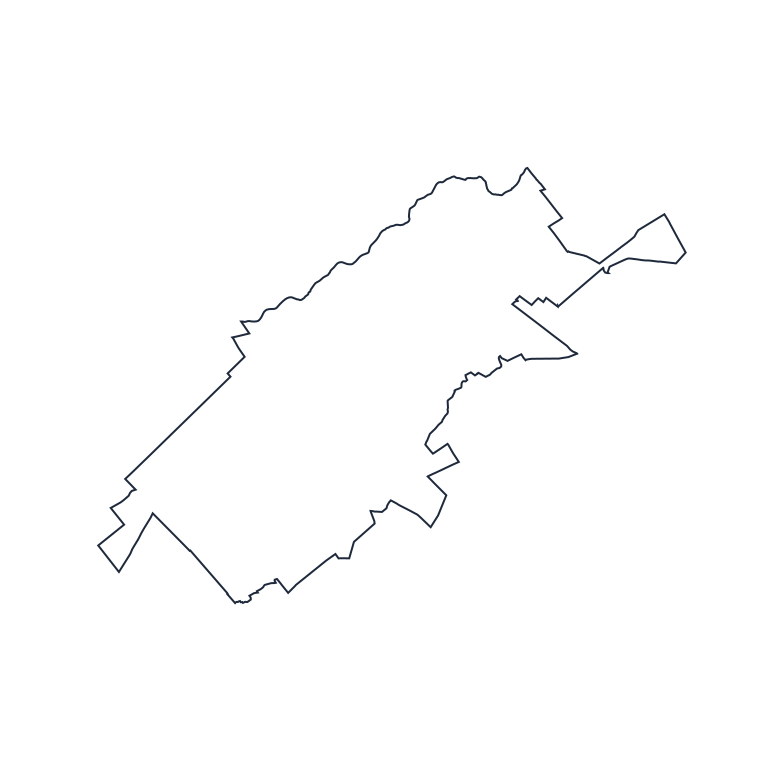 Villagrán, Guanajuato, Mexico (orthographic projection), rotated 140°
{"feature_id": "50627088B37943890522805", "entity_name": "Villagrán", "entity_type": "district", "adm_level": 2, "iso_a3": "MEX", "parent_name": "Mexico", "parent_adm1": "Guanajuato", "projection": "orthographic", "projection_center": [-101.009, 20.546], "detail": "fine", "context": "isolated", "style": "outline", "palette": "slate", "viewbox_px": 768, "rotation_deg": 140, "n_neighbors": 0, "source": "geoboundaries", "source_scale": "gbopen_adm2", "svg_char_len": 6142}
<svg xmlns="http://www.w3.org/2000/svg" viewBox="0 0 768 768"><g transform="rotate(140 384 384)"><path d="M638.2,312.0L637.5,312.0L636.6,311.6L636.1,310.9L635.0,310.8L633.8,310.3L634.0,308.9L632.8,308.1L632.9,307.7L632.8,307.0L630.4,306.4L628.8,304.8L625.1,304.5L624.6,304.5L623.4,306.1L623.2,308.3L617.9,307.3L614.8,305.4L614.8,305.6L614.5,307.0L610.4,306.1L607.3,306.0L605.3,306.7L604.4,306.7L598.7,304.1L597.7,303.4L596.0,302.0L594.7,301.3L594.3,303.6L593.5,304.3L591.3,303.4L591.4,297.2L591.5,295.6L591.7,285.6L581.6,286.5L580.8,286.7L541.7,285.9L530.5,285.0L530.9,279.6L529.1,278.3L522.7,272.8L508.5,282.4L480.9,283.1L479.5,285.3L476.2,294.8L475.9,295.4L474.5,294.0L473.1,292.2L472.0,291.3L467.8,287.3L462.0,287.2L459.7,288.8L456.2,290.1L454.6,290.3L453.6,290.5L451.0,284.0L450.8,283.1L450.2,281.3L445.8,270.9L442.5,262.7L442.3,261.8L441.8,258.4L440.3,244.3L428.1,248.2L427.3,248.4L407.8,258.7L408.9,271.3L409.4,277.4L409.5,279.1L410.0,285.1L409.9,285.1L404.0,283.6L402.4,283.1L382.3,277.8L376.8,276.2L375.6,286.3L374.9,290.4L374.6,291.8L373.9,295.6L373.8,297.3L383.6,298.3L390.1,299.0L391.3,299.2L391.4,303.0L391.3,311.0L388.3,312.7L387.7,312.7L380.9,316.3L373.4,316.8L368.4,317.7L363.9,317.8L362.3,318.8L357.5,320.3L354.4,320.6L352.8,321.7L351.7,323.6L350.3,324.6L346.2,330.1L345.3,330.4L340.0,330.2L334.6,332.7L334.5,333.4L333.8,333.6L332.5,333.4L329.9,332.4L327.8,331.8L327.4,331.7L327.0,331.8L326.6,332.0L326.1,332.5L324.9,333.8L324.5,334.3L323.7,334.8L322.6,335.2L322.0,335.3L321.5,335.1L321.0,334.8L320.1,333.8L319.7,333.5L317.7,333.6L317.7,334.2L316.5,337.4L315.9,338.4L310.0,337.1L308.8,332.1L305.3,331.7L305.4,332.0L304.5,331.9L301.5,324.1L297.2,323.1L296.6,323.0L295.3,323.3L294.2,323.4L287.5,323.2L286.7,322.8L285.5,322.2L285.1,322.0L283.8,322.0L283.0,322.1L282.6,322.4L281.9,323.2L281.3,325.0L281.1,326.0L280.1,328.8L279.4,330.1L278.7,330.7L277.9,330.8L277.1,330.8L277.2,328.1L274.5,322.3L268.0,320.7L259.7,318.5L260.3,314.6L260.3,311.2L259.5,311.2L258.8,310.9L256.9,309.8L254.7,308.4L233.6,291.0L225.4,286.1L216.6,283.1L216.6,283.7L218.5,287.6L219.2,290.5L219.3,295.5L222.9,311.2L227.8,333.5L234.4,362.7L231.1,362.9L230.5,362.8L229.7,362.5L229.0,362.2L228.2,361.6L228.0,361.9L228.3,362.3L228.5,363.8L223.6,364.1L222.2,358.1L220.1,349.6L215.5,350.2L210.7,350.6L209.2,344.3L204.4,345.8L201.1,331.5L200.6,332.0L200.7,331.4L182.4,331.7L141.4,332.1L141.4,331.8L142.7,329.8L142.9,327.1L141.3,325.1L140.8,324.7L140.9,325.4L140.6,326.0L135.8,328.8L133.0,328.1L120.2,324.6L118.3,324.0L116.1,323.1L113.5,320.6L112.2,319.1L110.8,317.7L106.2,312.5L103.8,310.1L102.3,308.9L100.2,306.8L94.9,301.1L94.6,301.0L94.1,300.6L82.8,288.7L68.4,290.8L65.1,307.5L61.9,323.0L61.4,324.8L60.1,333.8L90.3,338.4L93.9,337.3L97.5,335.9L102.1,335.9L106.8,336.0L114.2,336.5L115.8,336.5L116.1,336.5L116.9,336.6L119.9,336.7L132.5,337.4L141.5,337.8L146.8,351.7L147.8,353.0L147.9,353.5L157.1,365.9L157.5,367.1L158.3,367.1L158.5,368.3L157.5,380.8L156.9,390.6L156.7,398.6L150.8,397.9L145.2,397.0L140.9,396.6L140.7,405.5L140.2,418.2L140.0,423.0L139.9,431.5L135.6,429.7L135.3,437.0L135.6,437.7L135.6,442.0L135.8,442.3L135.8,442.9L135.6,443.8L135.6,450.5L135.3,457.3L136.5,457.8L138.3,457.4L140.5,456.3L142.1,455.9L144.2,455.7L144.8,455.9L145.8,455.5L149.0,453.4L150.9,452.5L154.0,451.6L159.9,451.3L160.3,451.6L161.6,451.0L162.2,451.1L167.4,452.7L168.6,452.8L169.5,452.9L171.4,452.8L172.2,452.9L172.5,453.0L174.2,454.7L174.8,455.6L175.7,456.3L176.3,457.0L176.8,457.7L177.5,458.2L178.3,459.0L179.0,460.2L179.2,461.2L179.3,462.2L179.9,464.7L179.7,465.5L179.5,466.4L179.5,467.0L179.2,467.8L178.3,469.5L177.9,470.5L177.5,470.9L176.8,472.6L176.4,472.9L176.1,474.1L176.5,476.9L176.4,478.3L176.6,479.8L177.5,481.3L178.0,481.7L180.0,481.9L180.7,482.1L183.3,484.1L185.3,486.1L187.1,487.6L188.4,488.2L189.3,488.3L190.0,488.0L190.5,488.1L191.0,488.7L194.3,493.7L195.3,494.5L196.3,496.0L196.5,497.1L196.8,497.8L197.2,498.2L199.3,499.0L200.9,499.3L203.9,500.4L205.1,500.6L207.0,500.6L209.0,500.8L209.9,501.2L211.1,502.5L212.6,503.3L213.9,503.4L215.8,503.2L224.3,499.7L225.4,499.6L226.3,499.7L228.6,500.7L229.9,500.9L233.4,501.1L235.5,501.8L239.8,503.4L240.4,503.4L245.0,501.3L245.9,501.1L246.8,501.1L251.1,501.6L251.8,501.4L253.3,500.2L255.7,497.9L257.2,496.3L257.8,495.3L258.4,494.0L259.1,493.4L259.9,493.0L261.1,492.7L262.3,492.8L264.6,493.5L266.5,493.6L269.3,495.1L269.8,495.6L271.5,497.5L273.0,498.5L274.0,498.7L275.6,499.4L277.4,500.4L278.4,500.7L280.2,500.9L281.1,501.5L282.1,501.7L283.9,501.6L284.8,501.9L286.3,502.2L287.7,502.2L289.4,501.9L290.4,501.7L292.5,500.7L296.1,499.6L298.1,499.2L304.3,498.6L305.8,498.2L307.4,497.4L308.7,496.5L310.3,495.3L310.9,494.9L311.5,494.8L312.2,494.8L313.1,495.1L317.6,496.7L318.9,496.9L320.4,497.0L321.8,496.9L326.1,496.2L327.5,496.1L330.9,496.2L331.8,496.5L332.7,497.3L333.9,498.2L335.0,499.5L336.0,501.1L337.1,503.1L337.9,504.3L339.1,505.3L340.1,505.8L341.2,506.2L342.4,506.3L343.7,506.2L347.5,505.5L349.6,505.4L351.5,505.2L352.6,504.9L353.8,504.2L355.0,504.1L356.3,503.6L357.1,503.6L361.3,504.5L362.1,504.6L366.0,504.5L367.2,504.5L370.8,505.2L371.6,505.3L373.4,505.0L379.4,503.4L380.2,502.9L381.0,502.3L381.4,502.3L382.5,502.5L383.4,502.3L384.0,501.7L384.9,501.4L387.9,501.6L389.9,501.2L392.9,501.5L393.8,501.8L394.6,502.6L395.5,504.2L396.2,504.7L398.8,509.5L400.2,510.8L401.5,511.5L403.4,512.1L405.3,512.4L408.6,512.4L412.5,512.1L417.0,511.4L417.9,511.4L418.9,511.7L419.8,512.1L423.9,515.2L425.8,516.2L427.5,516.5L429.6,516.3L431.7,515.5L433.1,514.8L435.6,513.8L437.8,513.3L439.6,513.2L441.2,513.8L443.1,515.1L445.2,517.0L446.7,518.8L448.1,519.8L450.0,520.6L451.0,521.3L451.6,522.0L452.0,522.6L453.3,523.7L454.7,509.3L465.4,514.6L470.3,517.2L470.3,515.2L470.7,513.5L471.4,509.9L472.0,506.8L472.4,504.3L473.3,494.4L497.0,492.6L496.9,488.3L609.6,479.9L634.8,478.1L643.3,477.6L642.2,462.7L645.9,464.2L648.7,463.8L651.3,462.5L658.2,462.4L661.9,462.6L673.0,464.7L673.5,443.3L706.7,444.0L707.9,410.4L687.7,416.9L682.8,419.4L671.9,423.1L665.4,425.9L659.9,427.9L649.0,431.5L644.3,433.6L640.3,384.6L640.1,381.1L639.4,381.0L638.5,324.5L638.7,323.5L639.1,323.6L638.9,311.9L638.2,312.0Z" fill="none" stroke="#1e293b" stroke-width="2"/></g></svg>